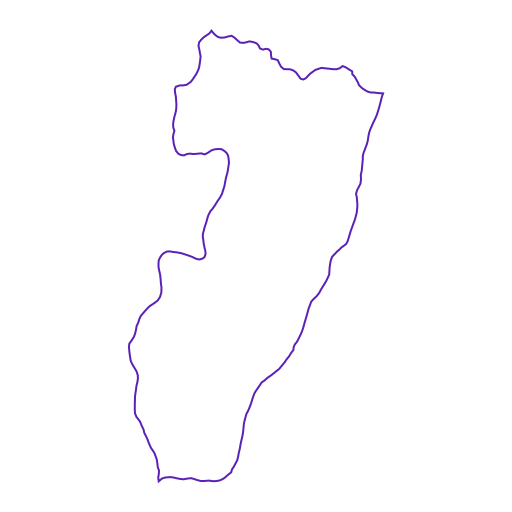 X-2 Torani/Bulletwood, Upper Demerara-Berbice, Guyana (orthographic projection)
{"feature_id": "73187651B8767068866486", "entity_name": "X-2 Torani/Bulletwood", "entity_type": "district", "adm_level": 2, "iso_a3": "GUY", "parent_name": "Guyana", "parent_adm1": "Upper Demerara-Berbice", "projection": "orthographic", "projection_center": [-58.026, 5.32], "detail": "fine", "context": "isolated", "style": "outline", "palette": "violet", "viewbox_px": 512, "rotation_deg": 0, "n_neighbors": 0, "source": "geoboundaries", "source_scale": "gbopen_adm2", "svg_char_len": 4405}
<svg xmlns="http://www.w3.org/2000/svg" viewBox="0 0 512 512"><path d="M158.7,481.3L162.1,478.5L164.8,477.6L167.7,477.3L170.7,477.1L173.5,477.5L176.2,478.2L180.0,478.9L183.4,479.3L187.7,478.5L191.3,478.2L194.4,479.1L197.3,480.1L200.8,481.0L204.3,481.0L208.9,480.6L212.3,481.1L215.8,481.1L219.5,480.5L222.5,479.2L225.2,477.4L227.8,475.0L231.2,472.3L231.9,469.6L233.8,466.7L235.4,463.7L237.2,460.3L238.1,456.7L238.8,452.8L239.9,448.3L240.4,445.1L241.1,441.6L242.1,437.4L242.8,434.0L243.3,430.3L243.6,426.7L243.9,423.6L244.6,420.5L246.4,414.0L248.1,410.8L249.6,407.3L251.0,403.6L252.3,399.3L254.2,393.8L255.7,391.2L258.1,387.7L259.7,385.4L261.6,382.5L264.5,380.5L267.6,377.7L270.6,375.7L273.7,373.3L275.9,371.5L279.0,369.1L281.5,366.1L284.7,362.2L286.7,359.2L289.2,356.2L291.0,353.1L293.4,349.9L293.7,347.0L294.8,344.5L296.9,341.9L298.4,339.1L300.3,335.2L301.8,331.9L302.8,329.0L303.7,326.1L304.8,321.9L306.0,318.1L307.5,312.8L308.6,308.6L309.7,305.8L311.2,301.7L313.5,299.1L316.6,296.2L319.0,293.2L321.3,289.0L323.6,285.3L326.0,281.4L328.1,277.1L329.2,274.5L329.6,267.6L330.3,262.9L330.9,260.1L332.1,256.8L334.6,254.2L337.1,251.5L339.5,249.5L341.5,247.4L344.0,245.7L346.3,243.8L347.7,241.0L349.3,235.9L350.7,231.1L352.0,227.5L353.4,223.6L354.9,219.6L355.8,216.2L356.7,212.9L357.1,209.3L357.4,206.0L357.3,203.2L357.0,200.0L356.7,196.6L356.0,193.9L357.2,189.9L359.0,186.6L360.5,183.5L361.0,179.2L360.8,174.8L361.7,170.9L362.1,166.9L362.4,163.3L362.8,159.5L362.8,156.0L363.6,152.7L364.7,149.9L365.8,146.9L366.9,144.1L367.8,140.5L368.4,136.4L369.1,132.8L370.5,128.8L371.9,125.8L373.1,122.9L374.9,119.3L376.8,115.0L378.2,110.6L379.3,106.8L380.5,102.4L381.8,97.0L383.1,93.4L379.7,93.2L376.8,92.9L373.7,92.5L370.8,92.5L367.6,91.6L365.0,90.1L362.0,88.1L359.0,85.2L358.0,82.5L356.4,79.7L354.7,76.7L352.3,74.2L352.2,71.4L348.2,68.9L345.5,67.2L342.5,66.1L339.8,68.2L336.5,69.2L332.7,69.2L329.1,68.7L324.9,68.3L321.4,67.9L318.0,69.0L315.2,70.0L312.2,72.2L310.0,73.8L308.0,75.9L305.9,78.2L303.3,79.5L300.6,78.7L298.5,75.8L295.9,72.3L293.2,70.4L290.1,69.3L287.2,69.2L283.9,69.1L281.1,66.8L279.4,63.7L277.8,60.2L274.5,59.1L271.6,58.6L271.1,55.8L270.8,51.6L268.6,49.3L265.9,48.8L263.0,49.6L260.0,48.5L258.6,45.5L256.7,43.4L253.1,42.0L249.3,41.4L246.2,42.3L243.3,42.9L239.9,42.5L236.8,39.8L234.3,37.5L231.6,35.8L228.5,36.4L224.0,37.6L220.6,37.7L217.8,36.9L215.3,35.0L213.2,32.9L211.5,30.7L209.4,33.4L206.9,35.1L203.9,37.1L201.3,39.6L199.1,42.3L198.5,45.8L199.3,49.4L200.0,53.4L200.6,56.3L200.3,59.3L199.7,63.9L199.1,67.5L198.0,70.5L196.3,74.0L194.3,77.0L192.5,79.7L190.6,82.0L186.6,84.8L183.0,85.4L179.9,85.4L175.9,86.7L174.8,89.3L175.1,92.9L175.9,96.9L176.1,100.1L176.4,104.4L176.3,107.7L176.0,110.6L175.2,114.0L174.3,117.2L173.5,121.1L173.1,124.2L173.3,127.5L174.4,130.8L173.5,133.9L172.9,137.6L173.4,140.4L173.7,143.5L174.7,147.1L176.0,150.8L178.2,153.6L180.8,155.0L184.0,155.4L186.7,154.1L189.9,153.6L192.7,154.0L195.5,153.9L198.6,153.6L201.3,153.4L204.7,154.4L207.7,152.9L211.4,150.4L214.7,149.3L218.3,149.0L221.6,149.2L224.6,151.1L226.7,153.1L228.1,155.6L228.6,158.8L229.0,162.8L228.5,165.9L228.0,169.4L227.3,173.2L226.0,177.6L225.1,182.4L224.4,186.2L223.5,189.0L222.1,193.5L220.1,197.4L217.6,201.0L215.2,204.9L212.5,208.8L210.5,211.1L208.6,214.6L207.7,217.2L206.4,221.9L205.5,224.7L204.6,227.3L203.9,230.2L202.9,233.9L202.8,236.8L203.3,240.1L203.8,244.1L204.6,248.1L205.3,250.7L205.6,254.0L204.4,257.3L201.8,258.9L199.0,259.5L195.9,258.7L192.2,256.9L188.7,255.6L184.5,254.2L180.8,253.1L177.0,252.4L173.4,252.0L170.0,251.4L167.1,251.5L164.0,253.0L161.8,254.9L159.9,257.8L158.7,260.5L158.5,263.8L158.5,266.8L159.1,270.2L160.1,274.5L160.6,279.1L160.9,283.2L161.5,287.8L161.3,292.7L160.0,297.0L157.8,300.4L154.5,303.0L152.0,304.6L149.6,306.2L146.6,309.2L143.7,312.5L140.8,315.9L139.4,318.9L138.2,322.7L136.6,326.1L136.1,329.4L135.1,333.6L133.9,336.9L131.4,340.8L129.4,343.5L128.9,346.6L129.2,349.8L129.5,352.7L130.0,356.4L130.7,360.7L132.0,363.7L133.6,366.5L135.3,369.2L136.8,372.0L137.8,375.4L137.9,378.5L137.4,382.1L136.5,385.6L135.9,390.3L135.4,393.5L135.0,396.5L134.9,401.1L134.8,404.9L134.8,410.3L135.0,413.3L136.4,416.8L138.3,419.3L140.1,421.7L141.7,425.7L143.6,429.7L144.3,432.9L145.8,435.8L147.3,438.9L148.4,441.9L149.6,444.9L151.2,448.3L152.9,450.6L154.4,453.1L155.6,456.2L156.8,459.6L157.4,463.9L157.8,467.4L159.0,470.4L158.8,474.3L158.2,477.4L158.7,481.3Z" fill="none" stroke="#5b21b6" stroke-width="2"/></svg>